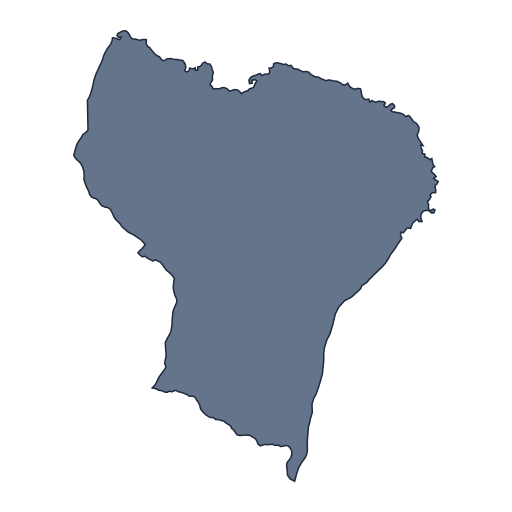 outline of Itaquiraí, Mato Grosso do Sul, Brazil
{"feature_id": "56859067B90589702399806", "entity_name": "Itaquiraí", "entity_type": "district", "adm_level": 2, "iso_a3": "BRA", "parent_name": "Brazil", "parent_adm1": "Mato Grosso do Sul", "projection": "natural_earth1", "projection_center": [-54.119, -23.389], "detail": "fine", "context": "isolated", "style": "filled", "palette": "slate", "viewbox_px": 512, "rotation_deg": 0, "n_neighbors": 0, "source": "geoboundaries", "source_scale": "gbopen_adm2", "svg_char_len": 5644}
<svg xmlns="http://www.w3.org/2000/svg" viewBox="0 0 512 512"><path d="M307.6,436.9L308.5,426.5L309.5,423.4L310.4,418.8L312.3,412.5L312.0,404.1L313.9,398.0L315.8,394.8L318.6,387.0L321.6,377.0L322.4,373.7L323.7,361.3L323.8,353.2L324.3,348.3L326.9,339.7L329.1,335.8L330.4,332.7L333.0,323.9L335.3,314.0L338.7,307.2L344.6,300.7L351.4,297.2L360.6,288.8L361.5,286.0L367.0,282.3L369.1,279.6L373.8,274.9L382.5,266.6L385.7,262.8L388.9,257.8L390.3,254.9L395.4,248.1L397.0,245.3L401.9,238.2L400.4,235.1L401.1,232.1L403.3,232.8L404.8,231.0L407.2,227.9L410.6,228.4L411.4,226.4L412.2,223.9L413.9,221.9L417.1,219.3L419.1,221.7L422.1,221.5L420.7,217.3L421.0,214.8L421.9,212.9L423.4,211.1L426.1,210.4L428.9,210.6L428.5,207.2L428.6,204.5L427.3,201.8L429.5,199.6L431.0,196.7L430.0,194.8L432.6,192.6L435.6,192.7L435.7,189.7L435.1,187.5L435.3,185.1L436.9,184.1L438.2,181.4L435.8,180.1L433.7,178.5L436.2,176.5L434.0,174.0L431.2,171.4L432.8,167.7L434.7,166.7L432.9,164.3L432.2,160.7L431.8,158.5L429.9,159.7L427.3,157.5L424.9,157.3L424.9,154.1L422.1,153.4L422.5,150.6L421.0,147.7L420.8,145.1L423.0,145.6L420.7,142.0L419.1,139.7L418.0,137.6L417.1,135.1L418.6,131.7L419.1,127.6L417.5,124.7L415.8,122.8L413.5,121.7L411.6,118.9L410.0,116.5L408.3,115.4L405.6,116.7L403.9,114.8L402.3,113.8L400.0,113.0L396.7,112.5L394.1,111.9L392.3,111.8L390.8,110.2L392.8,108.7L394.5,107.6L394.5,105.5L392.4,103.5L390.1,104.4L388.1,106.5L386.3,107.3L383.9,105.5L385.3,103.1L383.8,101.7L380.9,101.5L378.4,101.1L376.2,102.3L373.8,101.6L372.0,100.5L369.9,102.1L368.7,99.1L366.0,99.6L364.1,98.9L362.3,96.6L361.5,94.0L361.1,90.7L360.3,88.7L357.5,88.4L354.9,89.2L352.7,88.5L349.9,86.8L347.8,83.2L345.0,85.0L342.7,84.7L339.9,82.6L336.8,81.2L333.5,81.0L331.1,80.3L328.7,79.9L326.2,80.7L324.0,79.9L321.4,78.8L318.3,77.1L315.2,76.8L313.2,75.8L310.5,74.1L308.6,72.0L305.8,71.5L303.8,71.8L302.0,71.4L299.8,70.3L297.8,69.1L295.3,69.1L292.8,68.0L291.2,65.4L288.5,65.7L286.0,64.0L283.5,64.5L280.7,63.6L278.1,62.9L275.6,62.9L273.5,64.0L273.6,66.2L271.6,67.9L269.1,68.2L269.7,70.8L269.3,73.4L267.4,74.2L264.7,74.1L261.8,75.6L260.2,73.5L258.2,74.1L256.2,75.1L253.2,76.0L250.7,77.3L248.9,80.0L249.5,83.6L252.2,83.2L252.0,80.2L255.3,79.7L256.8,81.0L255.6,82.8L254.6,84.8L253.7,87.3L251.9,88.1L249.6,88.8L247.6,90.8L245.6,91.3L243.8,92.1L241.3,93.7L239.5,91.3L237.0,89.7L234.4,89.6L231.7,90.5L229.2,91.1L227.4,89.0L225.7,88.1L223.7,87.5L221.9,87.8L218.9,88.8L215.9,88.7L213.1,89.0L211.9,86.2L210.0,84.7L210.9,82.6L212.5,80.0L212.4,75.8L213.3,72.6L212.3,69.7L211.6,67.0L210.0,64.1L207.2,63.8L205.0,62.0L202.7,63.1L201.3,65.4L199.8,66.5L197.7,67.0L197.6,70.1L195.3,70.3L195.2,67.8L192.8,68.9L189.6,68.1L189.0,70.9L186.5,71.9L184.8,70.9L185.8,67.2L185.3,64.3L184.1,62.1L182.7,60.4L180.0,60.1L177.7,59.5L175.8,59.5L173.1,59.2L170.4,58.5L166.9,58.9L164.7,60.5L162.4,60.4L160.8,58.7L159.5,56.7L157.1,55.7L155.0,54.1L153.0,51.8L150.8,49.2L149.5,47.4L147.6,46.5L146.3,43.7L146.3,39.6L142.9,39.5L139.6,40.3L137.3,39.6L135.5,39.0L133.0,39.2L130.8,37.5L129.2,34.3L127.8,32.4L125.7,30.7L122.7,31.0L120.4,32.2L117.9,33.4L117.0,35.6L118.5,37.3L121.3,37.2L119.6,39.7L115.7,38.2L112.5,37.8L112.0,41.1L110.5,44.4L108.6,47.0L107.0,48.9L106.1,51.2L104.8,53.0L103.5,56.1L102.5,59.7L101.3,62.6L99.6,66.0L97.8,70.1L96.4,73.0L95.3,75.8L93.9,80.5L93.0,84.7L92.4,87.3L91.2,91.9L90.1,94.9L89.2,97.3L87.4,100.2L88.0,130.3L85.2,132.8L82.7,134.8L81.3,137.4L79.4,140.2L78.1,142.1L76.6,145.1L75.0,150.7L73.8,155.3L74.9,157.5L77.3,160.2L80.4,163.0L82.4,166.5L83.4,169.4L84.0,172.3L84.1,175.8L83.9,179.4L85.2,183.6L86.9,187.8L88.8,191.5L89.6,194.4L91.6,197.2L94.0,198.1L96.1,198.8L98.0,200.3L99.2,202.4L101.5,205.6L104.7,207.0L107.3,207.5L109.3,208.4L110.6,210.0L112.3,213.0L114.2,217.5L116.0,219.8L118.0,221.7L120.2,224.0L121.5,226.0L123.2,227.9L125.5,229.7L127.3,231.5L130.2,233.2L133.3,234.6L137.8,237.7L140.6,239.5L143.7,242.8L145.2,244.8L143.6,246.6L141.8,249.0L139.5,250.9L137.9,252.9L140.5,255.5L142.5,256.8L145.0,256.3L147.0,257.7L149.2,259.2L153.0,261.0L155.5,259.8L157.9,261.2L160.2,262.1L161.9,264.0L163.7,266.5L165.8,269.5L167.5,271.1L169.0,272.3L171.3,274.4L174.4,278.4L173.9,280.5L173.6,282.9L173.5,285.1L173.2,287.4L173.7,290.6L174.2,292.9L175.1,295.7L176.8,299.5L176.8,302.0L175.5,305.2L173.9,308.7L173.0,311.6L172.5,316.7L172.1,320.4L172.1,323.0L171.8,326.2L170.9,331.5L169.4,334.7L168.3,336.6L167.0,338.9L165.3,342.4L165.4,345.0L165.6,348.7L166.1,353.3L165.9,357.1L165.1,360.7L164.6,363.5L166.0,366.5L165.1,368.8L163.2,371.2L158.9,377.2L156.7,381.9L155.1,384.8L152.2,387.9L155.1,388.6L156.9,389.2L158.8,390.3L161.3,390.6L164.8,392.1L167.2,392.3L169.3,391.2L171.6,391.8L173.6,391.2L175.6,390.2L178.4,391.8L181.2,392.3L183.9,393.3L186.6,394.4L189.3,396.1L191.5,396.2L193.9,396.4L195.3,397.8L196.5,400.0L198.4,402.4L199.8,405.4L200.2,407.7L201.1,409.8L202.9,412.0L204.8,413.9L206.5,415.3L208.6,416.6L210.7,417.6L213.2,417.5L215.7,419.6L218.4,419.5L221.5,420.6L223.8,421.1L225.7,422.8L228.3,424.4L230.7,426.1L231.5,428.2L233.4,429.7L235.6,432.7L237.0,434.9L239.8,435.5L243.8,435.2L245.7,435.1L247.8,435.2L249.8,435.3L251.5,436.4L253.6,437.6L255.3,438.7L256.9,441.0L258.0,444.1L260.3,445.9L263.1,444.9L265.4,444.4L267.6,444.7L270.0,444.5L272.6,444.2L274.4,445.3L276.4,445.3L278.6,445.3L280.4,446.5L283.5,446.2L285.9,445.5L288.4,446.0L290.1,448.1L291.4,450.2L291.9,453.1L291.3,456.1L290.5,458.2L289.1,460.1L287.5,462.0L286.7,463.9L286.7,467.0L287.2,470.8L287.5,475.1L290.0,478.8L294.6,481.3L296.9,473.0L298.7,467.5L301.9,462.1L305.1,457.9L306.6,454.6L307.4,450.4L307.3,440.4L307.6,436.9ZM428.9,210.6L431.3,212.9L433.8,213.0L435.0,209.9L433.2,209.0L431.2,210.2L428.9,210.6Z" fill="#64748b" stroke="#1e293b" stroke-width="1.5"/></svg>